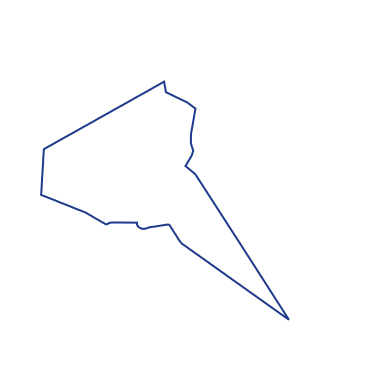 Tibesti, Robinson projection, rotated 301°
{"feature_id": "TCD-5578", "entity_name": "Tibesti", "entity_type": "Préfecture", "adm_level": 1, "iso_a3": "TCD", "parent_name": "Chad", "parent_adm1": "", "projection": "robinson", "projection_center": [15.919, 20.285], "detail": "fine", "context": "isolated", "style": "outline", "palette": "blue", "viewbox_px": 384, "rotation_deg": 301, "n_neighbors": 0, "source": "natural_earth", "source_scale": "10m", "svg_char_len": 2429}
<svg xmlns="http://www.w3.org/2000/svg" viewBox="0 0 384 384"><g transform="rotate(301 192 192)"><path d="M152.7,43.1L156.4,45.2L161.4,48.1L166.4,50.9L171.5,53.8L176.5,56.7L181.5,59.6L186.5,62.4L191.6,65.3L196.6,68.2L201.6,71.1L206.7,73.9L211.7,76.8L216.7,79.7L221.8,82.5L226.8,85.4L231.8,88.3L236.9,91.2L241.9,94.0L247.0,96.9L252.0,99.8L257.0,102.7L262.1,105.5L267.1,108.4L272.2,111.3L264.1,118.2L265.2,129.9L266.3,141.5L265.3,152.0L256.2,155.5L241.1,161.3L233.1,166.0L228.0,171.8L223.0,173.0L210.9,173.0L208.9,185.8L186.8,230.8L164.5,276.1L132.4,340.9L132.6,338.8L132.7,336.6L132.9,334.5L133.1,332.3L133.2,330.2L133.4,328.0L133.6,325.9L133.7,323.7L133.9,321.6L134.1,319.4L134.2,317.3L134.4,315.1L134.6,313.0L134.7,310.8L134.9,308.7L135.1,306.5L135.2,304.4L135.4,302.2L135.6,300.1L135.6,299.7L135.7,297.9L135.9,295.8L136.1,293.6L136.2,291.5L136.4,289.3L136.6,287.2L136.7,285.0L136.9,282.9L137.1,280.7L137.2,278.6L137.4,276.4L137.6,274.3L137.7,272.1L137.9,270.0L138.1,267.8L138.2,265.7L138.4,263.5L138.6,261.4L138.7,259.2L138.9,257.1L139.1,254.9L139.2,252.8L139.4,250.6L139.6,248.5L139.7,246.3L139.9,244.2L140.1,242.0L140.2,239.9L140.4,237.7L140.6,235.6L140.7,233.4L140.9,231.3L141.1,229.1L141.2,227.0L141.4,224.8L141.6,222.7L141.7,220.5L141.9,218.4L142.1,216.2L142.2,214.1L142.4,211.9L142.5,210.0L143.8,206.3L144.4,205.0L146.1,201.8L147.7,198.5L149.3,195.3L151.0,192.0L151.8,190.4L152.1,189.6L152.0,188.8L151.5,187.8L150.5,186.6L148.1,183.7L145.7,180.9L143.3,178.0L141.0,175.1L139.8,173.7L136.5,170.9L135.8,170.0L135.2,169.0L134.7,167.8L134.4,165.6L134.7,163.5L135.7,161.6L137.4,160.6L136.7,159.5L136.0,158.3L135.3,157.2L134.7,156.0L134.0,154.9L133.3,153.7L132.6,152.5L131.9,151.4L131.2,150.2L130.6,149.1L129.9,147.9L129.2,146.8L128.5,145.6L127.8,144.5L127.1,143.3L126.5,142.2L125.8,141.0L124.8,139.4L123.4,137.5L122.6,136.9L120.7,135.8L120.1,135.1L119.9,134.4L119.9,133.1L119.9,132.2L119.8,129.8L119.8,126.3L119.7,122.3L119.7,118.3L119.6,114.8L119.6,112.4L119.6,111.5L119.3,109.6L119.0,107.6L118.6,105.6L118.1,102.6L117.6,99.7L117.2,96.7L116.7,93.7L116.2,90.8L115.7,87.8L115.2,84.9L114.7,81.9L114.3,79.0L113.8,76.0L113.3,73.1L112.8,70.1L112.3,67.2L111.8,64.2L112.5,63.8L114.9,62.6L117.2,61.4L119.6,60.1L121.9,58.9L124.3,57.7L126.6,56.4L129.0,55.2L131.3,54.0L133.7,52.7L136.0,51.5L138.4,50.3L140.7,49.1L143.0,47.8L145.4,46.6L147.7,45.4L150.1,44.1L151.9,43.2L152.7,43.1Z" fill="none" stroke="#1e3a8a" stroke-width="2"/></g></svg>